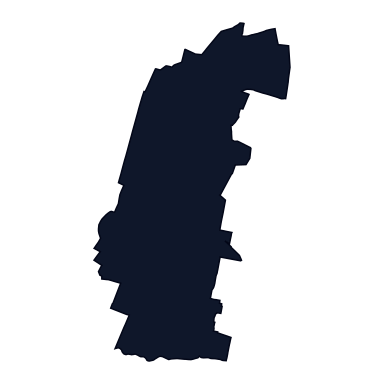 outline of Bors, Bihor, Romania
{"feature_id": "2599482B42133295911926", "entity_name": "Bors", "entity_type": "district", "adm_level": 2, "iso_a3": "ROU", "parent_name": "Romania", "parent_adm1": "Bihor", "projection": "orthographic", "projection_center": [21.836, 47.134], "detail": "fine", "context": "isolated", "style": "filled", "palette": "ink", "viewbox_px": 384, "rotation_deg": 0, "n_neighbors": 0, "source": "geoboundaries", "source_scale": "gbopen_adm2", "svg_char_len": 5702}
<svg xmlns="http://www.w3.org/2000/svg" viewBox="0 0 384 384"><path d="M226.2,360.7L226.6,358.7L226.8,358.2L227.7,353.6L227.7,353.2L228.8,347.5L229.7,343.1L229.8,343.0L230.0,341.9L230.6,339.0L230.7,338.7L231.0,337.5L217.5,332.8L217.7,331.9L213.5,331.1L213.7,330.2L214.0,328.7L213.8,326.5L214.1,325.4L214.6,322.9L214.7,322.5L214.8,322.3L213.7,321.9L213.8,321.6L213.8,320.7L214.0,318.4L214.1,317.7L214.4,316.9L214.5,316.8L214.6,316.7L215.1,315.4L215.5,313.9L216.7,313.4L216.9,312.7L217.6,312.8L220.8,313.4L220.9,313.0L222.1,306.4L221.2,306.3L221.3,305.9L221.4,305.5L221.5,305.2L221.7,303.8L220.7,303.5L219.5,303.3L219.9,300.4L217.1,299.9L216.3,299.7L214.0,299.5L211.9,298.9L210.3,298.3L210.6,297.1L211.9,290.1L213.0,288.5L213.6,287.4L214.2,285.6L214.8,283.2L215.2,280.5L216.0,276.0L216.2,275.3L216.9,273.6L217.1,273.0L217.3,271.7L217.7,269.9L218.3,266.6L218.6,265.0L220.1,257.0L240.6,260.8L241.5,260.3L240.9,258.8L240.4,257.7L239.8,256.3L239.5,255.6L239.0,255.0L238.3,254.3L231.1,247.3L231.2,246.8L224.9,240.9L229.5,243.6L230.0,241.2L230.5,238.7L231.1,235.9L231.5,233.3L231.9,232.5L227.8,231.7L225.7,231.3L224.0,230.9L219.8,230.1L220.4,226.6L221.1,222.5L221.4,220.9L223.0,213.2L225.4,200.3L225.4,200.1L223.7,198.6L222.6,197.6L222.2,197.3L219.7,195.1L220.0,194.8L220.4,194.7L221.4,192.9L229.5,177.8L231.8,173.6L232.3,173.6L233.8,169.3L235.3,165.0L246.0,164.6L249.8,158.3L250.9,148.4L250.4,147.6L248.9,146.9L239.6,142.2L238.7,141.8L237.5,141.2L235.3,141.3L234.8,141.3L234.2,141.3L234.1,141.2L233.9,141.1L232.8,140.4L232.0,140.0L231.9,139.9L231.7,137.0L231.6,135.3L231.5,133.5L231.5,131.6L231.2,129.4L231.1,128.4L231.0,125.2L232.4,125.3L232.4,124.9L233.4,124.1L234.7,122.8L235.4,122.0L236.0,121.1L237.2,119.3L238.8,117.1L238.5,115.4L238.9,113.1L239.7,110.5L240.1,108.9L241.2,108.7L242.0,108.8L242.9,109.0L243.9,106.6L244.6,104.9L244.9,104.3L247.1,98.7L249.0,94.4L247.9,93.9L244.9,92.9L241.3,91.4L241.4,91.2L245.3,89.7L245.7,89.5L247.7,89.2L248.8,89.3L250.4,89.4L250.8,89.3L251.4,89.5L252.3,89.6L253.1,89.7L254.2,90.1L255.1,90.6L256.7,91.1L262.7,93.0L266.2,93.9L268.3,94.5L272.5,95.8L275.2,96.6L277.0,97.2L277.7,97.4L278.9,97.9L280.6,98.5L281.3,98.7L281.8,98.8L282.6,98.7L283.4,98.7L284.0,98.6L285.0,98.5L285.4,98.5L285.6,98.6L285.8,97.9L285.8,97.4L286.1,95.8L287.4,87.2L288.0,83.0L288.1,82.4L288.5,78.2L289.9,68.0L289.9,67.8L290.0,67.5L288.6,46.0L288.6,45.8L283.6,45.2L283.2,45.2L282.8,45.1L282.2,45.1L281.8,45.0L279.7,44.8L278.7,44.8L278.2,44.7L277.5,41.7L276.7,37.7L275.9,33.6L275.4,30.9L275.0,28.8L275.0,28.7L271.9,29.2L269.5,29.7L267.1,30.3L266.6,30.4L265.9,30.7L265.2,31.0L264.4,31.4L264.0,31.5L262.6,32.0L262.3,32.1L261.9,32.2L260.3,32.7L259.3,33.0L258.4,33.3L257.6,33.6L256.6,33.8L255.1,34.1L253.3,34.6L251.6,34.9L249.8,35.5L249.5,35.6L248.5,35.9L246.9,36.2L246.3,36.2L244.9,36.2L244.3,36.2L242.5,36.1L241.8,35.8L241.9,34.4L242.4,33.7L242.5,33.1L242.9,30.3L242.9,29.7L243.0,29.0L243.0,28.8L243.0,28.0L243.0,27.9L243.3,26.6L243.3,26.4L243.4,26.2L243.5,25.9L243.5,25.4L243.7,24.9L244.0,23.5L243.8,23.4L242.4,23.2L240.0,23.0L238.3,24.6L234.4,26.8L232.7,28.1L227.0,29.7L221.3,31.4L218.0,35.0L213.9,40.0L209.8,44.9L206.8,48.5L205.5,50.2L201.8,54.7L195.4,54.1L185.3,49.4L184.9,49.5L182.9,57.5L181.8,61.8L181.5,62.3L180.3,62.8L175.2,64.6L173.8,65.3L172.1,67.0L171.5,67.1L170.0,66.6L166.6,65.9L165.8,66.0L160.7,69.8L159.9,69.9L155.8,68.8L155.4,69.0L151.4,77.9L147.8,86.1L146.2,89.5L145.1,91.8L144.0,91.5L142.1,97.2L141.3,100.0L140.8,101.7L139.8,105.1L138.6,109.3L137.8,112.5L136.7,116.4L135.6,120.4L133.6,127.6L132.5,131.6L131.4,135.8L130.6,138.7L129.1,144.2L127.6,149.8L125.9,156.0L124.6,160.3L123.2,165.5L122.0,170.0L120.9,174.2L119.4,179.4L118.5,182.7L123.9,185.3L121.5,190.7L119.9,194.8L119.2,198.6L118.4,203.7L116.1,208.6L114.7,212.0L114.3,212.3L111.4,211.4L110.2,211.7L108.3,213.0L106.1,214.8L103.2,217.8L102.0,219.1L100.5,221.5L100.0,222.6L98.9,224.8L98.5,228.8L98.5,231.0L99.0,233.6L100.6,238.3L98.4,242.2L96.2,245.3L94.1,248.4L100.3,251.7L97.4,255.5L94.0,260.2L101.9,265.4L101.0,266.7L98.5,271.6L99.9,275.2L101.7,276.0L101.8,276.4L101.8,279.0L107.3,279.6L108.1,279.6L109.0,279.8L110.0,280.1L111.1,280.4L112.1,280.7L115.4,281.7L120.7,283.2L119.0,287.6L116.8,293.3L113.0,303.2L112.3,303.9L110.7,308.2L117.4,310.8L126.0,314.2L126.8,314.5L127.3,314.6L129.1,315.0L129.3,315.1L126.0,322.9L125.1,325.0L124.8,325.6L123.9,327.6L115.1,348.6L115.4,348.5L116.2,348.3L116.9,348.1L117.7,347.9L118.1,347.8L118.4,347.9L118.8,347.9L119.1,348.0L119.5,348.2L119.9,348.4L120.5,348.9L121.0,349.4L121.5,349.9L121.7,350.4L121.9,350.9L122.0,351.4L122.2,351.9L122.5,352.2L122.9,352.8L123.4,353.4L123.7,353.7L123.8,353.8L124.1,354.0L124.7,354.2L125.3,354.4L125.7,354.5L126.0,354.6L126.3,354.5L126.7,354.4L127.4,354.2L127.7,354.1L128.1,354.0L128.4,354.1L129.0,354.2L130.3,354.4L131.3,354.6L131.5,354.7L131.9,354.6L132.9,354.5L133.6,354.4L134.1,354.3L134.5,354.2L135.2,354.1L135.5,354.2L135.9,354.3L136.6,354.6L137.2,354.9L137.9,355.2L139.2,356.0L139.7,356.2L140.0,356.4L140.5,356.6L140.9,356.7L141.4,356.7L142.4,356.7L142.9,356.7L143.3,356.7L143.5,356.8L143.9,356.9L144.3,357.1L144.7,357.4L145.1,357.7L145.5,358.0L145.8,358.4L146.0,358.7L146.3,359.0L146.5,359.4L146.6,359.7L146.7,359.9L146.9,360.2L147.3,360.5L148.0,360.8L148.4,360.9L149.4,361.0L151.7,360.5L152.6,360.3L153.3,360.1L153.9,359.8L154.8,359.1L158.2,357.0L159.4,356.4L160.9,356.3L162.7,356.7L168.6,359.5L169.4,359.4L170.6,359.0L172.5,358.8L177.1,358.5L184.5,359.2L185.4,359.2L188.6,359.5L191.0,359.6L193.2,359.1L195.5,358.4L197.9,357.8L198.4,357.2L198.9,356.7L199.3,356.1L199.6,356.4L201.2,357.5L203.3,357.8L208.2,357.6L211.0,358.5L215.4,358.7L219.9,359.4L220.2,359.4L222.2,360.3L223.4,360.5L226.2,360.7Z" fill="#0f172a" stroke="#020617" stroke-width="1.5"/></svg>